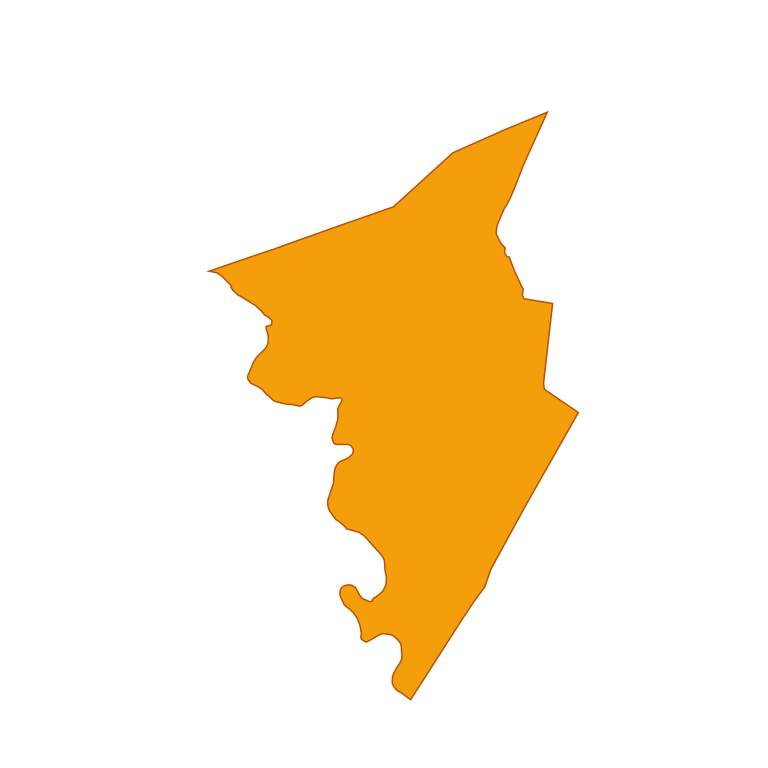 Maghama, Gorgol, Mauritania, rotated 13°
{"feature_id": "47542326B54868139713795", "entity_name": "Maghama", "entity_type": "district", "adm_level": 2, "iso_a3": "MRT", "parent_name": "Mauritania", "parent_adm1": "Gorgol", "projection": "robinson", "projection_center": [-12.922, 15.535], "detail": "fine", "context": "isolated", "style": "filled", "palette": "amber", "viewbox_px": 768, "rotation_deg": 13, "n_neighbors": 0, "source": "geoboundaries", "source_scale": "gbopen_adm2", "svg_char_len": 2881}
<svg xmlns="http://www.w3.org/2000/svg" viewBox="0 0 768 768"><g transform="rotate(13 384 384)"><path d="M188.2,313.4L196.0,313.2L198.4,314.0L201.2,315.2L206.2,318.1L209.0,320.1L213.4,322.9L212.9,323.9L215.5,326.5L218.9,328.5L220.9,329.7L221.9,330.1L226.6,331.4L233.3,333.8L241.2,336.5L249.0,341.1L252.4,343.7L257.1,345.3L260.4,347.4L260.8,348.6L261.1,351.6L258.0,353.5L256.4,354.3L256.3,355.8L257.8,358.3L260.4,363.0L261.1,366.2L261.8,370.7L261.0,374.6L259.5,377.7L257.5,380.7L254.0,386.4L252.0,391.9L250.6,400.0L250.2,402.7L249.7,405.3L249.3,407.2L250.3,409.9L254.0,413.2L257.2,414.0L261.6,414.9L266.5,416.6L271.0,420.0L271.6,420.6L274.3,421.5L277.8,423.7L279.9,425.0L282.8,425.5L286.6,425.6L291.3,425.7L295.5,425.3L299.0,424.6L302.1,424.6L307.1,424.5L309.2,423.0L311.8,419.1L314.0,416.6L317.0,413.6L319.7,411.9L323.1,411.2L327.2,410.8L331.3,410.3L334.5,410.4L337.2,410.0L340.6,408.5L343.7,407.5L345.8,407.5L346.7,408.8L346.5,411.2L345.2,414.6L344.5,418.5L345.2,421.1L346.1,424.3L347.0,429.4L346.6,433.1L346.6,437.7L345.9,440.8L345.4,444.7L345.6,448.6L348.1,452.8L350.6,453.7L354.2,453.0L357.1,452.2L360.4,451.6L363.4,450.9L365.9,451.7L368.7,454.4L369.3,458.2L368.3,460.6L366.0,463.8L363.2,466.0L358.0,470.0L356.5,472.6L355.4,476.5L355.4,480.7L355.9,484.9L356.8,490.4L357.1,491.8L356.4,498.5L355.9,504.2L355.4,510.2L356.2,513.9L357.5,516.9L359.5,520.0L364.7,524.5L367.7,527.0L371.5,528.3L375.9,530.6L378.9,532.5L380.1,533.6L382.4,533.6L386.5,533.8L393.1,534.2L397.9,536.0L401.8,538.4L405.3,540.9L411.8,545.6L416.6,548.8L421.0,552.2L422.7,554.0L424.2,556.2L425.6,560.9L427.2,566.2L429.4,570.3L430.5,575.2L431.1,579.1L429.4,586.2L426.4,590.5L424.0,593.4L422.1,594.9L421.4,596.5L421.2,598.3L419.2,599.2L416.8,599.1L414.9,598.5L413.0,598.3L410.5,597.6L407.3,594.7L404.7,591.7L401.8,588.6L397.7,587.4L395.1,587.6L392.2,588.6L389.8,590.2L388.2,592.3L387.8,594.6L388.0,597.1L388.8,600.0L394.5,607.7L398.2,609.9L401.8,611.4L405.7,613.8L410.3,617.9L413.2,622.1L415.4,625.7L417.0,629.7L418.2,632.3L418.2,635.1L419.0,637.4L421.8,638.8L424.8,639.4L427.1,637.7L429.2,635.7L431.2,633.7L434.9,630.4L437.3,628.4L439.4,627.4L445.3,626.9L447.9,626.7L450.9,627.8L454.8,630.0L456.8,631.6L458.1,632.7L459.7,635.3L461.5,641.3L462.6,644.3L463.1,648.3L461.9,653.5L460.7,655.9L458.8,662.7L458.1,667.0L459.2,673.4L461.2,676.2L463.8,678.4L467.1,680.2L470.4,681.1L478.1,684.4L481.0,685.6L513.9,593.4L521.3,574.0L527.8,559.3L529.8,540.5L548.6,473.2L551.8,462.3L579.8,368.1L541.5,353.1L539.3,347.6L530.2,267.6L501.8,269.4L500.8,269.3L498.7,265.9L498.2,260.1L495.6,257.2L485.3,243.8L477.5,232.2L475.0,232.2L471.9,228.7L471.4,224.1L466.2,220.6L459.5,212.5L458.5,204.9L459.0,200.9L461.6,186.5L463.2,182.0L465.3,173.9L467.4,161.7L470.6,139.3L482.0,82.4L443.7,109.6L399.1,143.2L353.4,209.2L304.7,239.9L257.5,270.1L245.6,277.9L244.0,278.7L188.2,313.4Z" fill="#f59e0b" stroke="#b45309" stroke-width="1.5"/></g></svg>